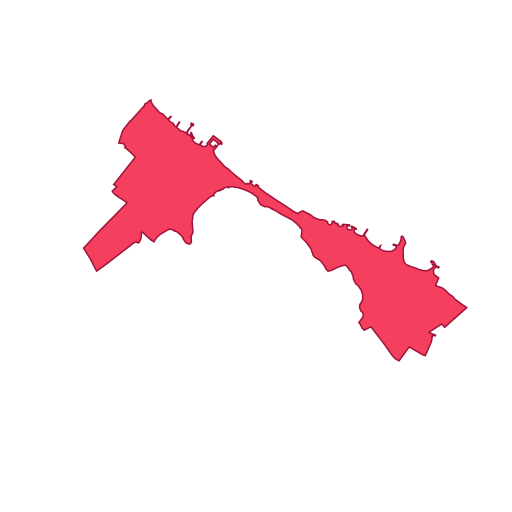 Eforie, Constanta, Romania, rotated 318°
{"feature_id": "2599482B71330041260785", "entity_name": "Eforie", "entity_type": "district", "adm_level": 2, "iso_a3": "ROU", "parent_name": "Romania", "parent_adm1": "Constanta", "projection": "natural_earth1", "projection_center": [28.643, 44.044], "detail": "fine", "context": "isolated", "style": "filled", "palette": "rose", "viewbox_px": 512, "rotation_deg": 318, "n_neighbors": 0, "source": "geoboundaries", "source_scale": "gbopen_adm2", "svg_char_len": 6136}
<svg xmlns="http://www.w3.org/2000/svg" viewBox="0 0 512 512"><g transform="rotate(318 256 256)"><path d="M282.3,69.7L280.1,69.1L279.6,69.3L277.3,69.6L276.4,68.8L275.2,68.7L274.4,69.0L274.0,69.5L253.1,71.8L253.0,71.4L242.0,73.3L239.8,74.2L230.7,79.5L229.6,80.3L233.1,84.2L232.3,85.2L232.5,87.3L231.0,87.8L231.5,89.5L231.8,91.5L232.6,101.7L198.0,107.7L199.2,111.4L192.6,111.6L192.2,114.0L192.5,116.7L193.6,121.6L195.9,129.7L193.7,130.4L156.9,132.6L133.1,134.8L131.1,146.7L127.4,160.6L140.7,162.0L174.4,164.5L175.8,165.3L176.8,166.4L177.5,167.8L180.2,167.0L182.4,165.8L184.5,164.0L186.9,161.5L187.6,163.2L188.7,174.2L189.2,174.0L189.5,177.2L192.2,176.4L195.6,175.8L199.0,175.8L207.8,177.5L209.5,178.2L210.9,179.5L212.4,182.3L211.9,182.6L212.1,183.0L212.6,183.0L212.9,183.7L213.6,186.0L214.1,190.1L214.2,192.0L214.0,193.0L213.8,193.0L213.9,193.5L213.7,194.2L213.2,195.2L212.8,198.4L213.0,199.6L213.2,200.7L213.9,201.9L215.3,203.0L216.9,202.6L217.9,201.8L221.0,197.9L224.5,196.5L225.5,195.7L231.7,187.5L234.0,185.8L235.6,184.1L237.3,183.1L239.6,182.3L245.0,181.5L250.8,181.2L260.7,181.3L264.3,182.1L264.7,182.3L264.6,182.9L265.0,183.1L265.5,182.0L265.9,181.8L269.5,181.6L272.2,182.4L272.1,182.8L273.7,183.6L274.0,183.2L275.2,183.5L276.3,184.3L277.4,184.0L280.3,185.1L281.6,186.2L281.2,186.8L281.5,187.0L281.8,186.6L282.3,186.8L283.5,187.6L284.8,188.8L288.5,193.3L291.2,198.0L292.7,200.9L294.8,206.0L296.1,211.9L296.1,213.6L295.9,214.5L294.7,215.8L293.9,219.6L293.9,221.8L294.6,223.1L295.7,225.7L297.0,226.2L298.6,229.2L299.4,232.2L300.1,232.4L300.1,232.8L299.8,232.9L301.0,235.9L302.8,242.2L306.9,253.1L307.8,258.7L308.1,264.1L307.6,264.5L307.6,264.8L308.0,265.1L308.0,265.7L307.2,268.0L306.0,268.7L304.0,270.7L303.2,271.1L302.2,272.5L302.6,280.1L302.1,282.6L302.1,283.7L301.5,287.9L298.9,293.9L298.9,296.3L300.6,302.0L300.8,303.1L300.2,309.6L299.2,312.7L299.5,314.1L299.3,315.6L301.0,316.2L301.9,317.0L308.1,318.7L313.6,320.9L316.4,322.8L316.7,325.0L316.0,329.5L316.4,331.1L316.3,331.8L315.2,333.9L315.4,334.6L315.1,335.3L313.0,338.3L312.1,341.0L311.5,344.1L312.0,344.9L311.9,347.8L311.4,351.3L309.9,355.1L309.0,356.6L306.2,359.6L302.5,361.2L301.6,361.2L299.7,362.2L298.7,363.5L297.9,364.9L297.1,367.2L297.4,369.1L296.4,371.6L295.7,372.3L293.8,373.0L287.9,374.3L288.1,374.8L287.7,376.8L286.5,380.9L287.0,382.0L286.6,383.5L294.0,385.5L292.6,404.9L290.7,421.1L290.7,424.9L291.2,427.0L292.2,429.6L308.9,426.1L313.9,441.3L315.1,443.3L329.2,437.0L333.7,433.2L335.9,435.3L336.5,434.9L334.6,431.4L333.5,428.4L348.6,430.8L348.5,435.2L378.1,435.4L377.9,434.1L376.9,430.9L375.1,421.8L374.9,419.8L375.1,418.1L374.9,416.7L374.0,413.4L373.8,408.3L373.1,404.5L372.5,403.1L370.9,400.8L369.8,397.9L376.6,394.9L377.3,394.2L376.6,392.9L376.4,390.8L376.0,389.9L376.4,387.9L378.3,385.3L380.6,384.6L382.1,384.6L382.9,385.0L383.2,386.5L384.2,387.0L384.6,386.7L383.6,384.3L383.1,383.7L384.2,380.0L384.2,378.8L383.3,377.1L382.9,376.9L382.0,377.3L382.0,379.3L381.3,380.6L382.2,381.4L382.2,381.8L380.0,382.7L377.6,382.6L374.0,381.7L373.1,381.2L370.7,379.0L368.2,375.2L367.0,372.7L364.1,367.6L361.8,362.8L362.1,359.5L364.2,356.1L365.9,354.0L369.1,350.2L371.8,348.0L375.7,346.7L377.0,344.1L378.1,339.9L377.7,338.9L376.5,339.0L375.5,340.3L372.9,341.9L369.0,343.3L368.2,342.8L366.2,339.4L365.7,339.3L365.4,339.8L366.8,342.0L366.9,342.5L365.4,343.6L363.3,343.9L361.0,343.5L359.1,342.7L358.3,342.1L355.4,339.0L353.5,336.0L352.8,333.5L353.0,333.0L355.6,331.6L355.3,331.5L353.0,332.4L351.6,330.5L350.0,325.0L349.6,321.8L349.6,319.3L350.5,312.8L356.5,311.2L356.7,310.8L356.3,310.6L348.7,312.6L347.6,311.6L345.6,307.7L345.1,305.7L345.1,304.4L345.7,302.8L346.9,301.9L347.3,301.9L347.7,302.1L348.1,303.2L348.6,303.2L348.5,301.5L347.1,297.9L346.5,297.8L346.1,298.2L346.5,299.0L346.6,299.6L346.4,299.8L345.0,300.2L343.8,299.9L343.2,299.4L342.2,297.5L342.5,295.9L343.2,294.9L344.2,294.9L345.6,296.1L346.3,295.7L346.3,295.4L341.9,290.7L341.1,290.6L341.0,291.1L341.2,291.7L340.8,291.9L339.5,291.4L338.2,290.1L337.5,288.9L337.2,287.9L337.4,287.6L337.6,287.9L338.1,287.7L338.4,286.8L337.8,285.7L336.9,284.8L337.3,282.7L336.6,282.4L336.6,282.0L336.1,281.9L336.0,281.3L335.6,281.5L335.7,282.0L334.5,282.3L334.5,282.6L333.3,282.8L332.1,282.4L331.4,281.7L331.0,280.1L332.0,278.4L331.3,275.7L329.6,273.5L327.7,271.8L325.7,268.2L324.9,266.3L323.9,261.4L321.0,253.8L318.3,252.8L316.5,252.7L315.6,252.1L314.8,250.7L313.7,248.0L312.5,242.7L308.0,226.2L306.0,217.8L305.4,216.1L303.7,205.8L304.0,205.3L304.7,205.4L304.7,205.0L304.0,203.0L303.7,203.0L303.3,203.9L302.4,203.7L301.6,202.6L300.9,200.6L300.8,199.1L301.1,198.2L301.7,197.9L302.0,198.3L302.8,198.3L302.6,196.7L302.1,196.2L301.7,196.6L301.6,197.2L301.5,197.3L299.4,197.9L297.9,196.5L297.8,195.9L296.7,195.9L296.2,195.1L295.8,188.7L295.1,186.0L293.9,177.3L293.8,173.6L292.8,170.0L292.6,167.9L292.5,157.7L292.8,154.6L293.4,152.2L294.5,149.9L295.3,148.9L296.6,149.1L299.5,148.7L300.6,148.4L300.6,148.1L300.1,147.2L299.9,146.5L297.1,146.8L296.3,141.6L302.4,140.8L303.2,146.2L302.3,147.8L302.4,148.0L302.7,148.4L304.3,148.2L305.1,148.4L305.0,149.9L305.6,149.9L306.3,149.2L306.6,147.6L306.1,144.5L304.8,138.3L304.5,138.0L296.1,139.6L295.5,139.4L294.7,139.9L293.6,141.2L292.0,140.9L290.9,140.1L289.9,139.0L289.5,138.1L289.0,136.0L289.1,135.7L292.4,135.1L292.6,134.7L292.2,134.5L288.3,135.4L287.5,134.1L286.4,131.1L286.2,128.5L286.5,127.2L286.8,126.7L288.1,126.4L288.5,127.2L289.0,127.1L289.2,125.0L290.5,121.0L290.1,120.7L289.8,120.9L288.5,125.7L287.4,126.2L287.7,125.3L287.5,123.9L288.0,121.9L286.5,120.4L286.3,119.4L286.5,119.1L286.8,118.9L287.0,119.3L287.4,119.2L287.2,118.3L287.4,118.1L295.9,116.0L296.2,117.0L296.7,117.1L297.6,116.5L297.6,116.0L296.9,114.1L296.6,114.5L295.6,114.7L295.9,115.8L291.8,116.7L290.2,116.8L286.8,117.8L286.1,116.9L285.5,115.1L284.1,113.0L283.7,112.1L283.5,111.1L283.6,110.2L283.1,108.3L283.3,107.1L288.7,105.5L288.3,105.0L283.7,106.5L283.1,106.5L282.6,105.6L283.2,101.5L282.7,100.8L282.0,98.1L282.0,96.4L282.2,96.1L285.9,95.8L286.1,95.3L285.9,95.1L285.4,95.1L282.7,95.5L282.4,95.2L281.8,93.8L281.8,88.3L280.3,84.9L280.3,76.0L281.0,72.0L282.3,69.7Z" fill="#f43f5e" stroke="#9f1239" stroke-width="1.5"/></g></svg>